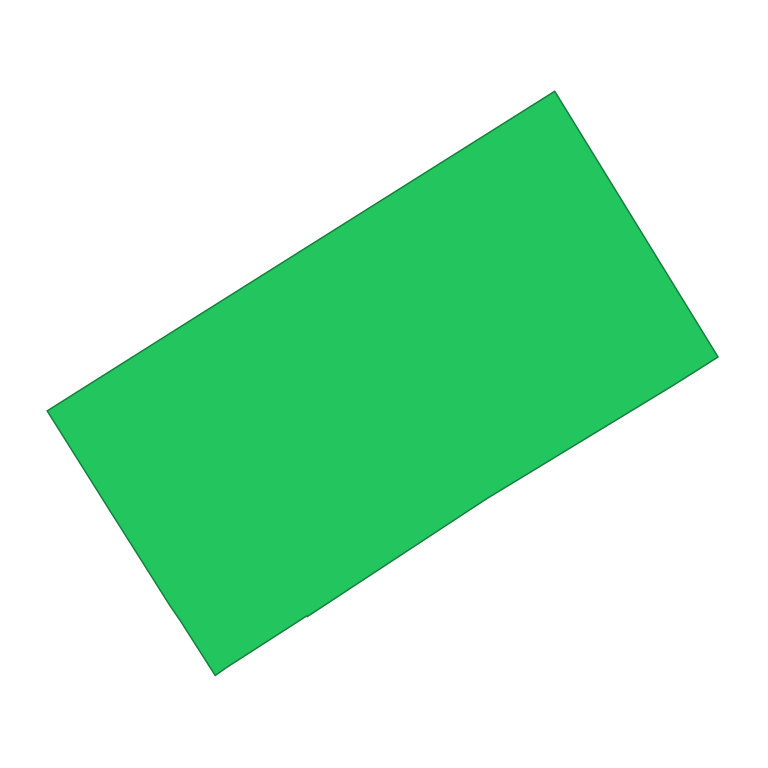 outline of Platte, Wyoming, United States of America, rotated 238°
{"feature_id": "52423323B10745128223313", "entity_name": "Platte", "entity_type": "district", "adm_level": 2, "iso_a3": "USA", "parent_name": "United States of America", "parent_adm1": "Wyoming", "projection": "natural_earth1", "projection_center": [-105.065, 42.131], "detail": "fine", "context": "isolated", "style": "filled", "palette": "green", "viewbox_px": 768, "rotation_deg": 238, "n_neighbors": 0, "source": "geoboundaries", "source_scale": "gbopen_adm2", "svg_char_len": 343}
<svg xmlns="http://www.w3.org/2000/svg" viewBox="0 0 768 768"><g transform="rotate(238 384 384)"><path d="M422.0,84.4L373.9,84.7L309.9,85.0L291.1,85.8L226.2,86.4L227.0,99.2L228.3,195.7L227.4,195.7L232.3,410.4L229.6,628.0L229.9,681.6L541.8,683.9L540.5,258.2L539.7,84.1L422.0,84.4Z" fill="#22c55e" stroke="#15803d" stroke-width="1.5"/></g></svg>